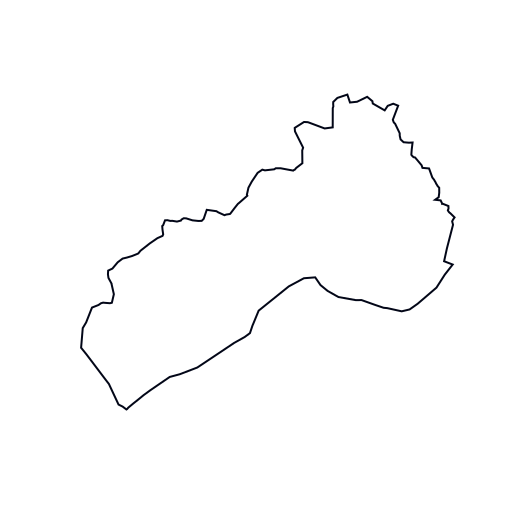 Kagarko, Kaduna, Nigeria, rotated 336°
{"feature_id": "59680162B89404589930000", "entity_name": "Kagarko", "entity_type": "district", "adm_level": 2, "iso_a3": "NGA", "parent_name": "Nigeria", "parent_adm1": "Kaduna", "projection": "albers", "projection_center": [7.654, 9.484], "detail": "fine", "context": "isolated", "style": "outline", "palette": "ink", "viewbox_px": 512, "rotation_deg": 336, "n_neighbors": 0, "source": "geoboundaries", "source_scale": "gbopen_adm2", "svg_char_len": 2508}
<svg xmlns="http://www.w3.org/2000/svg" viewBox="0 0 512 512"><g transform="rotate(336 256 256)"><path d="M330.8,337.6L334.5,339.2L345.1,349.3L351.5,355.2L354.7,357.0L366.6,365.8L374.6,367.3L384.2,365.4L408.0,358.3L420.9,349.8L432.2,343.8L425.7,337.3L433.5,326.7L448.7,307.6L449.3,304.1L450.8,302.9L453.1,301.5L450.9,295.9L450.5,295.3L450.1,294.2L449.8,292.4L450.3,291.8L450.9,291.3L451.3,290.7L452.1,288.6L447.8,284.2L447.3,284.1L447.4,283.8L447.3,280.3L442.5,277.5L446.8,276.6L449.1,272.8L451.1,268.2L450.3,265.7L450.3,265.1L450.1,263.6L450.0,263.3L450.0,261.5L449.8,260.2L449.7,258.7L449.5,258.0L449.0,256.0L449.7,246.4L443.9,243.2L444.2,240.5L441.6,231.4L441.4,230.7L440.3,229.9L440.1,229.8L439.2,227.5L439.1,226.7L439.6,225.7L441.6,222.0L445.2,216.0L441.8,214.7L437.1,212.1L435.5,208.3L436.2,204.7L437.2,202.3L436.9,191.8L436.2,190.0L436.4,187.2L447.0,176.5L443.3,172.7L437.4,172.4L432.8,175.3L424.7,164.2L425.3,161.9L422.3,155.8L411.1,156.2L404.3,154.0L405.1,145.7L394.9,144.7L394.6,144.7L389.2,146.7L388.3,148.6L387.5,150.8L386.3,152.1L379.2,167.9L378.4,169.7L370.6,167.4L358.3,155.3L357.7,154.8L354.4,153.1L343.5,154.7L343.4,154.9L342.3,158.0L342.6,165.0L343.1,176.2L341.2,178.3L336.1,190.1L328.6,191.9L326.6,192.9L325.4,192.9L324.7,193.1L318.0,188.5L314.1,185.8L309.7,183.9L307.9,184.2L299.0,181.4L296.9,179.7L291.3,180.7L282.4,186.3L276.9,190.5L272.6,196.3L272.6,197.4L261.9,200.7L260.7,201.0L256.1,203.4L249.7,206.9L249.2,207.0L245.6,206.0L245.3,206.0L243.8,205.9L239.2,200.7L238.1,199.0L229.8,193.8L223.3,200.8L220.7,201.8L217.7,200.6L212.5,197.6L207.5,193.2L205.3,192.1L202.8,192.4L201.8,193.1L197.8,192.4L193.8,189.8L193.3,189.6L192.0,189.1L189.7,187.3L187.4,186.4L183.7,190.1L182.5,190.5L181.3,193.9L180.0,198.5L178.8,199.6L173.2,199.6L164.1,201.3L152.6,204.2L149.5,205.8L148.1,205.8L142.7,205.6L137.4,204.9L133.1,204.1L127.1,205.5L119.7,209.1L115.0,209.2L113.3,212.5L112.3,216.0L112.8,222.5L112.7,222.6L110.6,233.1L105.3,240.1L105.2,240.1L103.3,239.7L97.6,236.6L97.4,236.4L96.4,236.3L95.2,236.1L92.2,236.7L85.2,236.4L73.8,247.6L68.4,251.4L58.9,268.7L61.1,276.9L68.5,308.7L69.6,313.2L69.6,314.9L70.0,335.8L72.9,339.3L75.2,343.5L75.9,343.4L76.6,343.1L77.6,342.6L84.0,340.8L91.3,338.9L96.7,337.4L105.1,335.6L128.0,331.4L138.2,333.0L151.3,333.7L157.0,334.0L179.9,330.1L200.7,326.5L212.7,325.4L219.1,324.0L224.7,317.9L225.3,317.4L236.2,307.0L273.6,297.1L290.7,295.8L301.4,299.6L303.1,308.8L307.2,317.0L314.6,327.0L329.2,336.9L330.8,337.6Z" fill="none" stroke="#020617" stroke-width="2"/></g></svg>